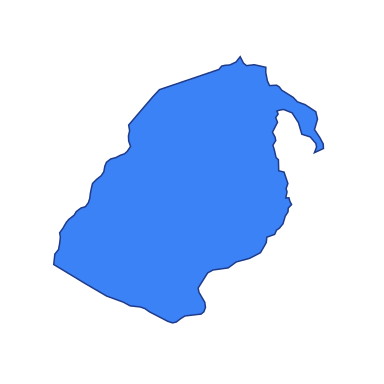 outline of Glorinha, Rio Grande do Sul, Brazil, rotated 39°
{"feature_id": "56859067B49954070433936", "entity_name": "Glorinha", "entity_type": "district", "adm_level": 2, "iso_a3": "BRA", "parent_name": "Brazil", "parent_adm1": "Rio Grande do Sul", "projection": "robinson", "projection_center": [-50.759, -29.883], "detail": "fine", "context": "isolated", "style": "filled", "palette": "blue", "viewbox_px": 384, "rotation_deg": 39, "n_neighbors": 0, "source": "geoboundaries", "source_scale": "gbopen_adm2", "svg_char_len": 1687}
<svg xmlns="http://www.w3.org/2000/svg" viewBox="0 0 384 384"><g transform="rotate(39 192 192)"><path d="M263.8,72.1L257.1,69.3L247.9,66.4L243.7,56.4L237.7,51.7L225.1,52.9L217.1,55.6L211.1,54.8L197.6,56.4L193.6,55.4L190.5,55.8L185.3,60.5L180.8,58.3L174.1,52.7L170.9,48.6L160.3,53.9L154.8,59.5L150.9,59.5L144.3,56.5L144.4,63.3L141.4,69.5L137.9,72.8L135.8,75.5L135.8,79.8L102.3,132.9L101.6,142.6L100.6,179.8L105.0,183.7L107.3,188.4L110.7,192.2L115.6,195.3L116.1,201.3L115.5,204.8L113.2,208.5L111.2,213.1L108.0,217.5L106.8,222.7L108.0,226.8L110.7,231.7L111.2,236.5L109.9,242.3L109.3,247.9L111.4,252.3L113.8,256.9L116.6,261.4L118.2,265.6L118.4,270.5L115.8,274.3L114.4,279.9L115.0,284.2L113.5,290.8L113.4,294.6L114.5,301.3L114.8,307.0L117.9,309.7L119.7,312.4L122.0,316.1L124.5,320.8L124.5,326.6L130.2,335.4L135.7,334.6L166.4,330.4L191.2,326.6L207.7,320.9L215.6,319.4L224.0,314.0L228.6,312.3L234.4,311.9L243.0,310.1L254.4,307.8L259.2,306.0L261.6,303.0L263.0,297.1L264.6,292.7L272.6,284.5L275.9,281.2L276.6,277.6L275.1,273.2L271.4,269.7L260.6,265.6L257.2,262.8L255.1,245.0L257.4,239.4L267.9,228.2L270.4,218.5L278.5,207.3L281.8,199.8L283.4,196.1L282.2,188.4L281.5,184.5L278.6,180.0L282.9,172.9L281.7,168.5L282.7,165.1L282.7,159.4L279.7,152.2L279.1,147.0L276.9,143.9L277.3,139.1L274.0,137.7L271.0,135.5L268.6,137.6L265.8,132.1L263.0,130.2L261.2,125.1L251.0,118.6L246.0,120.9L238.9,112.6L235.6,112.3L229.4,107.4L225.4,104.7L224.7,99.3L221.9,97.0L216.9,94.9L214.6,84.0L210.2,81.5L209.9,77.2L207.0,75.7L209.0,72.7L211.3,70.2L220.0,67.5L227.9,70.1L231.0,71.1L241.0,78.0L249.2,74.8L257.6,76.3L260.5,78.6L262.4,84.4L266.8,75.5L263.8,72.1Z" fill="#3b82f6" stroke="#1e3a8a" stroke-width="1.5"/></g></svg>